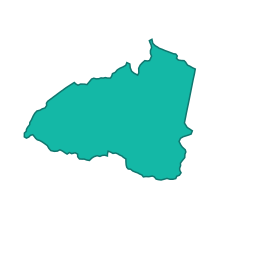 Itarana, Espírito Santo, Brazil (Mercator projection), rotated 54°
{"feature_id": "56859067B16388217553229", "entity_name": "Itarana", "entity_type": "district", "adm_level": 2, "iso_a3": "BRA", "parent_name": "Brazil", "parent_adm1": "Espírito Santo", "projection": "mercator", "projection_center": [-40.89, -19.955], "detail": "fine", "context": "isolated", "style": "filled", "palette": "teal", "viewbox_px": 256, "rotation_deg": 54, "n_neighbors": 0, "source": "geoboundaries", "source_scale": "gbopen_adm2", "svg_char_len": 2267}
<svg xmlns="http://www.w3.org/2000/svg" viewBox="0 0 256 256"><g transform="rotate(54 128 128)"><path d="M74.2,217.1L76.5,216.1L77.0,213.5L76.6,211.2L77.4,209.0L80.0,208.8L82.1,208.8L84.2,208.3L86.4,206.7L88.8,205.6L91.7,204.6L94.8,203.6L98.0,204.0L100.9,203.7L103.6,201.3L105.2,198.7L105.6,195.9L108.2,194.5L110.9,193.6L113.3,192.6L113.4,189.8L115.6,188.7L117.0,185.3L119.5,184.1L121.7,185.6L124.5,185.5L126.2,183.4L127.4,181.7L129.6,180.2L131.6,178.3L131.1,175.1L131.2,172.6L132.2,169.3L134.5,167.4L135.0,165.0L136.3,162.8L138.5,161.1L136.8,159.8L135.1,157.7L137.1,156.3L139.7,155.1L140.9,152.8L142.6,151.6L144.6,150.8L147.1,149.4L149.0,149.0L151.8,147.9L154.2,149.6L156.8,151.2L159.1,152.1L161.3,151.9L162.9,150.1L165.6,149.4L168.1,147.9L169.9,146.6L172.1,145.6L174.1,144.4L176.6,144.3L177.7,142.2L179.7,139.7L181.1,136.6L183.1,135.4L185.8,135.3L187.5,133.9L189.5,131.8L190.5,129.3L191.7,126.1L194.2,124.1L195.9,121.7L197.0,119.1L195.7,117.0L196.4,114.1L195.4,111.4L192.6,111.0L190.8,109.8L189.4,107.6L187.2,106.2L186.3,103.3L185.3,99.5L182.7,97.4L181.4,95.3L179.3,94.5L175.4,95.3L173.1,95.3L171.1,95.0L168.9,94.6L167.2,91.6L167.5,88.5L168.5,85.5L169.3,83.1L170.0,80.5L168.1,77.6L162.3,79.8L157.1,79.4L152.3,74.2L150.5,72.3L148.4,70.0L146.6,68.0L143.9,65.0L140.4,61.2L129.1,49.0L126.9,46.6L123.2,42.4L119.8,38.9L117.2,40.4L114.6,41.5L112.1,42.9L108.4,42.7L106.4,43.1L104.9,45.0L102.7,47.3L100.1,47.8L98.7,45.8L96.2,45.9L94.6,47.6L91.2,49.8L89.4,51.0L87.2,52.5L84.3,54.2L81.8,55.9L79.7,56.6L77.5,57.6L74.1,58.2L70.3,56.5L69.9,59.4L71.9,60.0L74.4,60.5L76.9,61.7L78.6,64.4L80.9,66.0L83.7,66.7L85.1,69.0L86.1,70.9L85.2,72.9L83.4,74.8L83.7,78.2L84.3,81.2L86.0,84.3L89.8,86.9L90.9,89.1L87.2,90.9L84.3,91.7L80.6,90.8L77.3,88.9L74.4,90.5L76.0,93.0L75.6,96.4L74.9,99.4L74.7,102.5L75.5,105.6L74.9,108.6L76.4,110.6L77.3,112.8L75.6,115.2L73.9,116.7L73.1,118.7L71.6,120.4L71.0,122.6L69.5,124.9L67.6,126.4L67.0,128.7L67.9,132.1L68.8,135.6L66.8,137.6L64.5,140.7L64.0,143.3L62.0,144.2L59.6,144.7L59.0,154.4L59.0,162.6L59.2,177.3L60.0,179.4L62.0,180.6L63.0,183.4L62.1,186.1L61.9,188.6L60.7,191.7L61.3,194.7L62.5,197.5L63.8,199.8L64.9,201.8L65.8,204.1L67.5,205.6L68.4,208.8L69.4,210.9L70.9,212.3L71.2,214.8L74.2,217.1Z" fill="#14b8a6" stroke="#0f766e" stroke-width="1.5"/></g></svg>